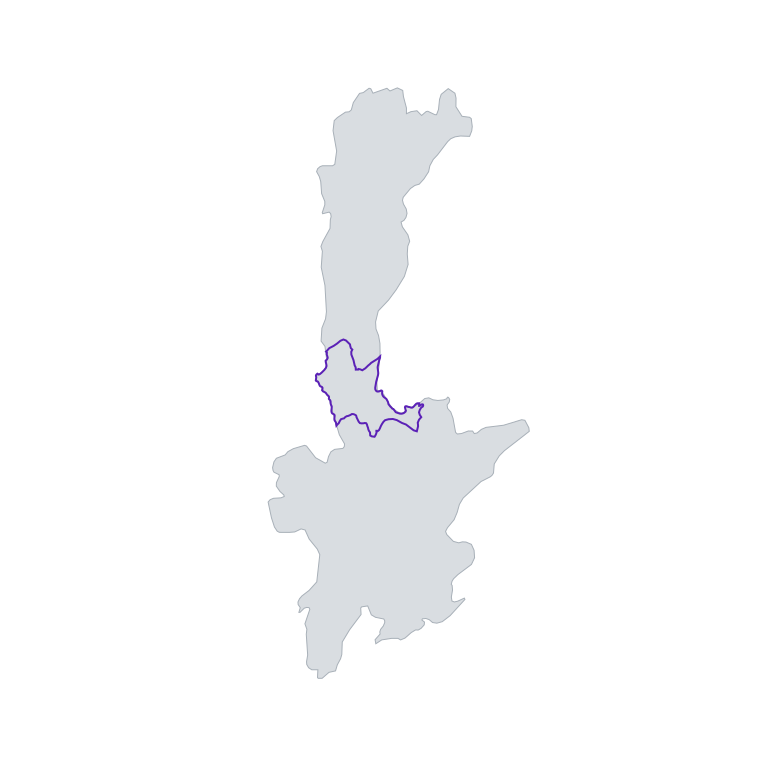 Bolikhamxai highlighted on a map of Laos, rotated 213°
{"feature_id": "LAO-3292", "entity_name": "Bolikhamxai", "entity_type": "Province", "adm_level": 1, "iso_a3": "LAO", "parent_name": "Laos", "parent_adm1": "", "projection": "equal_earth", "projection_center": [104.026, 18.483], "detail": "fine", "context": "in_parent", "style": "outline", "palette": "violet", "viewbox_px": 768, "rotation_deg": 213, "n_neighbors": 0, "source": "natural_earth", "source_scale": "10m", "svg_char_len": 6864}
<svg xmlns="http://www.w3.org/2000/svg" viewBox="0 0 768 768"><g transform="rotate(213 384 384)"><path d="M297.7,108.9L300.4,115.1L312.9,131.8L315.1,136.3L319.7,139.8L323.5,154.7L325.1,155.6L327.2,154.5L328.8,152.5L330.1,146.7L331.0,146.1L332.4,150.8L335.9,152.3L337.4,154.3L337.9,157.9L337.4,161.6L334.4,170.1L332.6,181.4L344.9,205.9L350.0,209.2L362.3,213.2L370.7,218.6L374.6,217.3L378.3,211.3L382.7,207.9L391.0,202.6L393.4,202.4L398.0,204.4L405.5,210.5L416.9,221.9L416.5,224.9L414.5,227.9L408.4,232.4L406.4,235.3L407.6,236.4L412.7,237.2L418.7,239.7L420.5,242.7L421.5,249.5L422.6,250.8L428.2,250.1L429.9,251.0L431.9,253.2L433.9,258.8L433.8,263.1L428.3,270.6L427.7,275.0L424.8,280.4L417.2,289.3L415.2,289.8L401.2,284.9L390.1,285.6L389.1,287.5L391.0,292.9L391.6,298.2L389.8,302.3L383.4,307.6L383.2,309.9L384.5,312.3L393.8,317.1L423.6,342.9L437.2,347.9L443.2,351.1L444.7,353.0L444.7,355.2L443.1,358.1L441.8,363.2L441.8,366.2L443.2,369.2L445.6,373.5L454.0,383.4L460.1,385.7L466.5,397.0L468.5,406.8L471.6,413.2L487.2,434.5L500.2,447.7L508.0,461.8L511.8,465.0L512.9,470.2L514.0,485.1L518.5,492.6L519.5,495.6L521.5,497.8L523.6,498.3L528.2,493.4L529.1,494.1L531.2,502.0L533.1,504.9L540.0,509.7L547.3,519.3L551.2,522.7L556.2,525.4L556.9,528.4L556.0,531.5L554.5,533.5L546.0,539.0L544.9,541.4L550.6,553.6L564.7,568.7L569.2,577.8L568.2,582.1L564.4,591.0L561.5,593.3L560.7,596.1L563.0,603.3L562.8,614.4L560.1,617.1L557.6,623.9L555.9,624.4L551.6,621.9L542.6,633.6L538.6,633.0L534.1,639.6L528.2,640.4L524.2,635.6L515.5,627.7L512.4,622.9L509.7,627.1L505.2,631.1L498.7,629.7L497.0,635.5L495.8,636.6L488.0,637.6L486.6,638.5L487.8,643.9L492.4,652.9L493.8,658.1L491.0,666.7L482.9,666.5L479.3,663.0L474.7,655.7L464.4,651.0L457.5,654.3L455.4,654.1L450.2,648.0L448.3,644.1L447.1,638.3L455.0,633.6L459.0,630.0L461.6,626.1L462.6,622.0L463.9,605.2L465.0,599.3L464.4,592.0L462.2,586.3L462.2,577.7L463.3,570.8L466.3,567.3L468.3,562.3L469.6,551.1L468.6,548.2L465.7,545.5L460.7,542.9L457.6,539.6L456.3,535.6L456.4,532.1L457.9,529.1L454.2,525.8L445.2,522.1L440.2,517.7L439.1,512.5L435.3,505.7L428.9,497.4L425.5,485.3L425.1,469.7L425.9,456.9L428.6,442.1L424.9,431.5L420.7,425.8L415.0,421.7L409.5,415.8L404.3,408.1L398.1,396.7L390.9,381.6L386.0,374.8L383.5,376.4L378.3,375.0L370.3,370.6L363.4,368.3L357.4,368.0L353.6,368.9L351.8,371.2L351.6,373.5L353.1,375.8L352.3,377.5L349.2,378.8L346.7,381.3L343.9,386.8L341.9,394.0L338.9,396.8L334.4,397.4L329.9,399.5L325.5,403.0L323.4,405.7L323.6,407.5L322.6,407.9L320.5,406.9L319.5,404.5L319.6,400.7L317.4,398.2L312.8,396.9L307.5,392.9L297.6,382.4L295.3,382.0L292.0,384.7L287.7,390.5L284.1,392.8L281.3,391.6L279.2,393.7L277.6,399.0L274.8,403.2L261.3,414.5L249.1,429.0L246.1,430.3L238.7,426.2L236.4,423.4L246.7,393.7L248.2,386.5L248.0,377.0L243.7,369.0L243.6,366.7L244.2,364.3L249.5,355.1L255.5,331.5L255.2,324.1L252.7,316.1L251.3,308.4L252.5,298.0L252.1,293.9L249.3,291.9L240.1,289.8L234.8,291.5L232.3,294.3L229.2,296.1L223.4,297.1L217.9,293.6L213.4,287.6L212.4,280.3L218.2,264.5L219.6,258.5L219.5,255.6L218.5,252.6L217.2,252.2L214.3,248.5L211.5,242.0L208.8,239.0L206.3,239.5L203.9,242.0L200.0,248.2L198.8,247.4L202.4,225.7L205.7,216.4L209.4,212.2L213.4,210.4L217.6,211.0L221.1,210.2L223.9,208.0L223.7,206.7L220.4,206.4L219.1,203.9L219.8,199.3L221.3,196.3L223.6,194.9L225.8,190.3L228.0,182.4L230.7,178.4L233.7,178.3L239.0,174.9L246.5,168.2L249.4,161.7L252.2,164.7L251.1,172.2L252.5,173.8L253.2,176.4L252.8,180.6L253.4,184.2L254.5,185.9L256.2,186.8L264.1,183.7L268.9,183.5L276.8,189.0L281.4,184.9L281.5,183.4L277.7,178.2L279.0,159.2L278.5,144.9L272.1,134.2L270.8,130.0L270.2,123.0L268.4,117.0L273.1,112.2L275.6,103.5L278.9,101.3L279.9,101.6L283.8,108.3L288.9,105.0L292.7,105.0L296.0,106.7L297.7,108.9Z" fill="#d9dde1" stroke="#a8b0b8" stroke-width="1"/><path d="M362.5,368.1L361.6,367.8L358.9,366.8L358.4,366.8L354.5,367.8L353.3,368.5L352.2,369.5L351.4,370.8L350.9,372.4L350.9,372.8L351.0,373.1L351.1,373.4L351.2,373.7L351.6,373.9L353.7,375.8L353.9,376.3L353.9,376.9L353.4,377.4L352.8,377.7L351.0,378.1L349.9,378.6L348.5,378.9L348.1,379.1L347.6,379.4L347.1,380.2L346.8,381.3L346.5,383.5L346.2,384.9L345.6,385.9L344.8,386.5L343.7,387.0L343.8,387.0L343.8,386.9L343.9,386.6L343.7,386.7L342.7,384.8L342.2,385.1L341.7,386.4L341.1,387.6L340.6,387.9L340.1,388.0L339.6,387.6L339.3,386.9L339.2,386.2L339.4,385.7L339.6,385.3L339.8,384.8L339.9,384.2L340.0,383.6L339.9,383.1L339.9,381.8L339.6,380.7L339.2,379.3L337.2,377.6L334.7,376.5L335.2,373.2L334.6,369.9L333.5,368.6L332.4,367.1L330.7,362.2L333.9,361.3L343.5,362.0L347.7,361.1L353.6,360.7L357.5,359.5L360.9,357.0L362.2,355.6L363.4,354.2L363.9,351.8L363.9,349.0L363.7,346.8L363.3,344.7L363.1,342.6L363.6,341.1L364.3,341.0L364.9,340.6L364.6,340.1L364.1,339.9L363.5,338.1L363.2,336.2L363.2,334.6L365.8,333.4L367.5,333.3L369.4,335.8L370.9,336.4L372.3,337.3L373.6,338.6L375.0,339.6L376.2,340.7L377.5,341.4L378.8,340.9L379.9,339.8L381.3,338.8L382.9,338.1L384.7,338.6L389.0,341.2L389.6,341.9L390.3,342.4L391.6,342.4L392.9,342.2L394.5,341.4L395.5,339.4L396.6,337.8L397.8,336.6L398.5,335.1L398.8,333.4L399.9,332.3L400.9,331.0L400.9,328.7L400.6,326.5L401.1,324.4L401.2,323.1L401.9,323.8L402.6,324.7L403.3,325.5L404.3,326.0L405.1,326.3L405.9,326.8L406.7,327.8L408.1,330.5L408.7,331.1L409.6,331.3L411.1,331.1L412.1,331.4L412.9,332.1L413.5,332.8L415.2,336.1L415.7,336.8L417.4,337.9L418.1,338.6L419.4,340.4L420.2,341.0L420.7,341.2L421.6,341.3L422.1,341.5L422.4,341.9L422.9,343.0L423.3,343.4L423.9,343.7L425.9,344.0L427.8,344.8L428.5,344.9L431.3,344.6L432.6,345.1L433.1,346.7L433.6,347.4L434.4,347.7L435.4,347.6L436.2,347.4L437.0,347.6L439.5,349.4L440.7,350.0L441.3,349.9L441.9,349.7L442.4,349.6L443.1,349.8L444.5,352.8L445.5,353.7L445.8,354.3L445.8,355.1L445.8,355.3L445.5,356.4L445.0,356.5L444.4,356.3L443.8,356.4L443.1,357.6L442.5,359.5L441.7,363.2L441.5,365.9L442.0,367.8L443.2,369.2L444.7,370.6L445.6,371.7L445.5,372.5L445.2,373.4L445.3,374.8L445.7,375.6L448.1,377.6L448.4,378.0L448.8,379.0L449.2,379.4L449.7,379.6L450.2,379.6L449.4,384.3L447.0,388.5L445.4,392.3L444.1,396.5L442.3,399.2L439.6,399.8L434.1,398.7L432.9,397.4L431.3,396.0L429.3,395.6L429.0,393.2L427.4,390.9L422.6,387.4L418.7,383.6L416.9,382.6L415.5,380.7L414.4,381.5L414.0,381.7L413.6,381.9L413.6,382.7L411.7,383.4L409.7,383.7L408.2,387.0L407.3,391.0L406.7,392.8L406.3,394.7L403.1,401.6L402.3,405.0L402.2,404.8L401.8,404.2L401.5,403.5L401.0,401.5L398.8,395.3L398.5,394.7L398.2,394.2L395.2,390.6L394.5,389.6L393.9,388.3L391.8,381.7L389.4,376.2L388.5,374.9L387.3,374.1L386.1,373.9L385.0,374.3L384.1,375.1L383.3,376.3L383.1,376.7L382.9,377.0L382.7,377.1L382.3,377.2L381.5,377.0L381.1,376.3L380.7,375.5L380.2,374.7L379.5,374.1L378.7,373.6L377.9,373.2L377.1,373.0L374.2,372.8L373.5,372.6L370.7,371.0L370.3,370.6L369.9,370.1L369.2,369.5L366.3,368.5L365.1,368.3L363.8,367.9L363.4,367.9L362.7,368.0L362.5,368.1Z" fill="none" stroke="#5b21b6" stroke-width="2"/></g></svg>